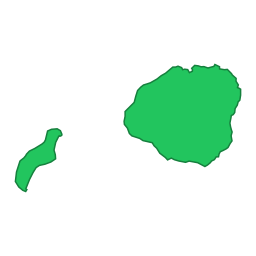 Kauai, Hawaii, United States of America (Natural Earth projection)
{"feature_id": "52423323B55631926154060", "entity_name": "Kauai", "entity_type": "district", "adm_level": 2, "iso_a3": "USA", "parent_name": "United States of America", "parent_adm1": "Hawaii", "projection": "natural_earth1", "projection_center": [-159.682, 22.006], "detail": "fine", "context": "isolated", "style": "filled", "palette": "green", "viewbox_px": 256, "rotation_deg": 0, "n_neighbors": 0, "source": "geoboundaries", "source_scale": "gbopen_adm2", "svg_char_len": 1661}
<svg xmlns="http://www.w3.org/2000/svg" viewBox="0 0 256 256"><path d="M124.1,121.3L124.4,124.4L127.4,128.1L129.4,133.5L131.9,135.9L139.7,138.4L143.0,140.6L152.2,142.7L154.1,145.8L156.7,148.2L159.8,153.2L165.4,157.5L167.6,159.9L169.0,159.2L171.3,158.1L174.4,159.7L178.8,161.0L185.6,162.3L189.1,161.1L193.4,161.9L197.7,162.7L204.9,166.5L207.5,165.0L210.2,162.8L211.6,161.0L214.4,159.6L216.2,156.9L218.3,156.8L218.5,156.8L219.0,154.2L220.2,151.8L223.0,150.5L226.1,148.9L228.0,147.5L230.2,143.4L232.0,140.9L231.1,135.8L232.1,132.0L231.4,129.9L230.6,127.0L229.9,123.1L230.9,118.0L231.0,117.4L231.3,115.5L233.2,114.6L234.7,112.5L235.1,108.6L237.3,105.1L238.1,101.9L239.8,100.2L240.6,95.2L240.6,89.2L239.2,88.3L237.5,87.6L238.3,84.9L236.0,81.2L236.1,78.4L232.3,75.0L231.5,73.6L227.3,69.4L224.5,69.7L219.6,68.9L219.5,66.7L214.9,64.5L213.9,66.4L210.8,67.2L208.0,68.0L203.9,66.6L201.1,66.8L198.4,65.9L194.7,65.4L191.7,68.3L192.5,69.7L192.3,71.3L189.4,72.6L187.7,69.6L184.7,69.2L182.7,69.7L181.6,67.6L178.0,66.2L175.5,67.1L172.8,67.1L165.6,73.2L161.2,75.7L156.9,79.1L150.4,82.8L147.1,83.9L143.5,85.0L140.7,87.2L137.6,90.5L135.8,96.2L134.2,102.4L125.1,111.5L125.1,116.3L124.1,121.3ZM16.5,172.0L15.4,181.5L18.8,187.0L22.8,190.3L25.7,191.5L26.9,189.6L25.8,188.8L29.5,179.5L33.0,172.6L36.1,167.6L39.4,165.4L44.9,164.2L50.9,162.0L55.6,158.8L55.3,154.7L54.0,150.1L55.7,142.3L58.7,136.3L59.3,135.8L59.9,136.2L60.9,135.9L61.8,135.2L61.9,134.3L60.4,130.7L57.2,128.8L51.5,129.3L47.6,131.0L45.4,140.1L44.7,141.2L44.2,142.2L41.9,144.1L34.7,148.5L29.4,151.1L26.4,154.3L25.8,155.6L23.8,158.0L20.2,160.8L19.8,161.6L16.5,172.0Z" fill="#22c55e" stroke="#15803d" stroke-width="1.5"/></svg>